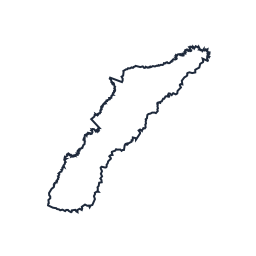 Cuyabeno, Sucumbios, Ecuador, rotated 291°
{"feature_id": "8360857B98272453986256", "entity_name": "Cuyabeno", "entity_type": "district", "adm_level": 2, "iso_a3": "ECU", "parent_name": "Ecuador", "parent_adm1": "Sucumbios", "projection": "mercator", "projection_center": [-75.771, -0.334], "detail": "fine", "context": "isolated", "style": "outline", "palette": "slate", "viewbox_px": 256, "rotation_deg": 291, "n_neighbors": 0, "source": "geoboundaries", "source_scale": "gbopen_adm2", "svg_char_len": 5815}
<svg xmlns="http://www.w3.org/2000/svg" viewBox="0 0 256 256"><g transform="rotate(291 128 128)"><path d="M223.1,178.3L223.8,178.4L223.9,176.4L225.3,177.0L225.0,176.3L225.7,175.7L226.5,176.7L226.8,176.2L227.2,177.0L227.8,177.0L227.5,174.9L227.9,174.4L229.3,174.1L228.7,173.8L229.3,173.4L228.7,173.1L228.9,172.5L228.4,172.6L227.8,171.9L227.7,170.8L228.8,170.4L226.6,169.8L227.0,169.4L226.7,168.1L227.1,168.0L226.7,166.3L227.6,166.6L229.1,164.9L228.5,164.9L228.6,164.1L228.3,164.1L228.6,161.9L225.9,161.3L227.0,160.0L226.2,159.6L226.7,159.1L226.1,159.1L226.4,157.6L225.6,157.4L225.7,156.9L225.0,157.0L225.0,156.6L223.1,158.5L223.2,159.2L222.7,159.3L222.1,158.6L222.8,157.7L222.3,157.8L221.5,156.7L221.9,156.0L222.3,156.2L222.5,154.9L221.8,154.2L221.5,154.9L220.8,153.6L220.2,153.9L219.4,153.5L219.2,154.6L218.8,154.4L218.0,154.9L217.2,152.8L216.6,153.2L216.3,152.8L215.9,153.3L215.8,152.9L215.2,153.1L215.0,152.0L215.7,151.7L215.2,151.2L215.8,150.8L215.1,150.2L215.5,149.9L214.7,148.3L213.0,147.8L213.4,146.6L212.4,146.4L211.4,147.8L210.9,148.0L210.7,147.5L210.4,148.3L209.9,148.0L209.6,148.3L208.8,147.4L208.5,145.7L207.4,145.2L206.7,145.5L206.3,144.8L205.5,144.9L205.4,144.3L203.5,143.6L202.9,142.2L203.4,140.9L202.4,139.8L201.8,139.8L201.4,138.3L200.3,138.4L199.3,137.8L198.7,135.9L197.5,134.9L197.6,133.9L196.7,133.6L196.5,132.5L195.1,131.1L194.7,129.0L193.2,127.7L192.8,127.1L193.1,126.7L192.4,126.5L192.5,126.0L191.7,125.4L191.8,124.9L191.3,124.5L191.5,122.6L190.4,122.4L189.9,121.6L190.8,119.7L189.3,117.7L188.7,112.8L187.7,112.3L187.0,111.3L186.2,111.3L185.7,110.3L185.8,109.5L184.3,108.4L183.8,106.6L182.7,106.4L182.1,105.2L179.5,103.2L178.7,103.8L175.1,104.7L173.6,103.6L172.1,105.4L170.2,106.0L168.7,105.9L168.6,93.3L167.5,93.3L166.9,94.9L165.6,95.7L165.1,96.9L164.7,96.5L164.4,97.2L163.7,97.4L163.6,98.0L164.1,98.3L163.6,98.5L164.1,99.1L162.2,100.3L161.8,101.2L160.8,101.0L160.4,101.4L160.0,101.1L158.9,102.4L158.0,102.5L157.9,102.1L157.0,102.2L157.1,101.8L155.9,102.1L155.5,101.5L153.9,101.6L153.7,102.1L153.5,101.5L152.6,101.6L151.9,101.0L150.3,101.6L149.7,100.5L149.5,101.0L148.5,100.6L148.5,100.2L148.1,100.5L146.1,98.2L145.5,98.7L145.1,98.0L144.0,97.5L143.5,98.0L143.5,97.4L142.9,97.1L142.3,97.5L142.1,97.0L141.0,96.7L141.2,96.4L140.0,96.1L139.3,96.5L139.2,95.8L138.4,95.4L137.7,96.2L137.2,95.8L136.7,96.3L135.7,95.9L134.8,96.0L134.9,96.3L134.2,96.0L133.1,96.8L132.8,96.4L131.7,96.5L131.3,95.6L129.9,95.4L130.0,94.7L128.9,94.8L129.4,92.6L128.6,93.2L128.2,92.2L126.6,92.5L123.1,90.5L117.8,101.3L117.5,100.3L116.4,100.3L116.6,101.2L115.0,101.2L114.9,101.7L114.4,101.5L114.8,100.8L113.8,100.6L114.1,100.3L113.4,99.5L114.1,99.1L113.7,98.9L114.1,98.6L113.8,98.3L114.7,96.7L114.3,95.2L113.5,95.2L113.5,94.7L113.2,95.0L112.6,94.6L112.4,95.5L111.5,96.3L109.6,96.2L108.9,95.1L109.6,94.6L109.2,92.4L107.9,92.6L107.6,92.0L107.6,92.5L106.9,91.9L106.4,92.0L106.8,91.5L106.4,91.5L106.6,91.1L106.2,90.5L105.8,90.8L105.0,90.4L102.6,91.3L102.5,90.5L101.1,90.6L101.2,91.2L101.4,90.9L102.0,91.2L101.0,91.7L100.8,91.5L99.9,92.5L97.3,93.2L96.0,92.4L93.4,92.5L93.5,92.2L91.9,91.5L91.5,90.7L90.8,90.8L90.6,90.2L90.1,90.5L90.1,89.9L88.8,89.2L88.2,89.3L88.7,89.9L88.5,90.4L87.5,90.1L87.2,91.0L86.6,91.2L85.5,90.4L85.5,89.7L84.8,90.4L83.9,88.3L83.3,87.9L83.0,88.4L82.9,87.5L82.3,87.9L82.0,87.6L82.4,86.9L81.6,86.6L81.9,85.9L81.2,86.2L81.5,85.9L81.1,85.5L81.6,85.5L81.4,85.0L82.0,83.7L81.7,83.3L82.1,82.8L82.5,83.0L82.8,81.7L82.2,81.8L81.9,80.7L81.4,80.5L80.6,81.3L79.9,81.0L78.6,80.1L78.6,79.4L76.9,79.6L76.4,80.3L76.7,81.0L75.4,80.0L73.9,82.0L73.1,81.5L71.9,81.9L69.8,81.2L68.9,82.1L69.0,81.7L68.4,81.7L68.5,81.3L67.6,80.9L65.8,81.6L65.3,81.0L65.1,81.4L63.5,81.5L62.7,80.5L60.7,79.5L60.6,80.2L59.8,80.6L58.6,80.2L57.8,80.6L57.6,80.2L56.9,81.0L55.8,80.6L55.2,81.1L53.7,80.4L52.9,80.8L52.8,80.3L51.7,80.7L51.7,80.3L51.2,80.3L50.6,79.4L49.7,79.1L49.5,79.5L48.2,79.1L47.7,79.7L46.2,79.9L43.9,78.5L39.0,77.6L36.9,78.6L36.3,79.9L34.6,80.6L32.2,79.5L29.5,81.0L29.0,80.7L27.1,81.1L26.7,86.4L27.4,89.8L26.9,90.7L27.3,92.8L26.9,94.2L28.3,96.1L27.9,99.1L29.4,99.7L30.0,101.3L29.4,102.3L29.0,105.0L29.7,105.5L31.0,105.1L32.7,108.1L31.6,109.6L31.4,111.0L33.2,110.1L35.3,111.8L34.9,114.2L36.4,114.1L37.9,113.1L41.1,115.3L40.8,117.9L41.6,119.3L40.3,120.6L42.2,120.8L43.4,122.3L49.8,122.6L52.2,120.6L54.5,120.9L55.6,120.3L57.3,121.6L57.9,123.4L58.6,122.1L60.3,121.7L61.7,120.8L63.4,121.4L66.6,120.7L67.9,122.9L70.0,121.8L70.9,120.3L73.6,121.1L75.5,119.1L78.4,119.2L80.3,117.2L81.3,116.7L82.4,117.3L82.9,120.9L83.6,121.8L84.8,121.8L86.0,121.2L87.8,121.7L89.7,121.4L93.2,123.0L93.8,122.7L94.9,120.7L96.3,121.4L97.3,123.2L99.1,121.7L100.0,121.5L102.3,124.2L103.9,124.5L103.9,125.6L105.1,128.5L104.4,130.2L105.4,130.7L106.1,132.1L110.7,131.1L112.2,131.4L113.0,132.4L112.0,132.7L112.2,133.4L113.7,133.8L116.4,136.2L117.8,135.8L118.0,136.7L118.4,136.7L120.9,135.9L121.3,138.9L119.9,139.6L127.2,141.2L128.1,140.9L129.5,138.8L130.9,139.8L130.3,142.0L131.2,141.8L132.0,142.3L133.4,142.4L133.6,143.8L134.9,144.2L137.5,142.9L138.5,143.2L140.7,142.1L141.8,142.1L142.5,141.4L143.8,142.2L147.1,141.4L148.4,142.1L149.5,143.8L151.0,145.0L151.9,147.2L151.9,148.7L154.5,149.7L156.0,148.7L157.2,148.9L158.8,147.7L159.6,147.7L160.5,147.0L161.1,147.2L161.5,146.5L162.1,146.5L162.9,147.4L163.0,149.0L163.9,148.7L165.0,150.0L167.9,150.3L168.3,151.3L170.9,151.7L171.5,152.8L171.8,155.0L172.7,155.1L173.1,153.5L174.8,153.6L175.2,154.7L174.4,157.0L176.7,157.7L176.5,160.5L177.9,161.6L180.4,161.0L184.8,162.9L186.4,161.1L187.1,160.9L188.0,161.7L188.2,163.1L191.4,161.3L195.5,162.5L197.6,164.2L198.8,164.4L199.7,163.8L200.6,163.8L202.0,165.4L202.3,168.3L204.0,170.9L206.5,169.9L210.0,172.9L213.8,172.4L216.3,174.4L217.3,174.3L219.5,172.8L219.2,178.3L219.7,178.4L221.3,176.9L222.4,176.6L223.5,177.5L223.1,178.3Z" fill="none" stroke="#1e293b" stroke-width="2"/></g></svg>